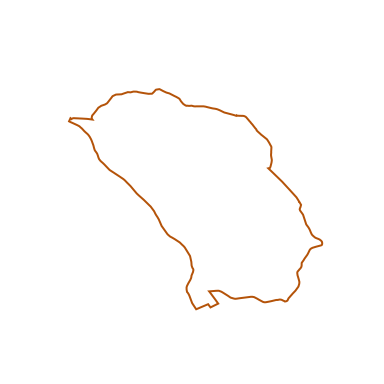 Wormerland, Noord-Holland, Netherlands, rotated 216°
{"feature_id": "6326949B48566307694504", "entity_name": "Wormerland", "entity_type": "district", "adm_level": 2, "iso_a3": "NLD", "parent_name": "Netherlands", "parent_adm1": "Noord-Holland", "projection": "natural_earth1", "projection_center": [4.861, 52.506], "detail": "fine", "context": "isolated", "style": "outline", "palette": "amber", "viewbox_px": 384, "rotation_deg": 216, "n_neighbors": 0, "source": "geoboundaries", "source_scale": "gbopen_adm2", "svg_char_len": 5817}
<svg xmlns="http://www.w3.org/2000/svg" viewBox="0 0 384 384"><g transform="rotate(216 192 192)"><path d="M52.5,158.0L51.7,158.8L51.3,159.5L51.0,160.1L51.0,160.7L51.2,161.5L51.3,162.1L51.4,162.8L51.4,163.1L51.3,163.7L51.0,167.2L50.9,167.8L50.9,168.5L50.5,171.4L50.3,172.9L50.3,175.4L50.3,177.9L50.4,178.3L51.2,180.6L51.7,181.5L52.3,182.4L53.6,183.5L54.7,184.4L56.5,185.8L57.6,186.6L59.3,188.4L59.7,189.3L59.8,189.7L59.7,190.5L59.7,190.9L59.6,191.6L59.6,192.6L59.4,193.8L59.4,194.5L59.5,195.3L59.5,195.7L59.7,196.1L60.0,196.8L60.4,197.4L61.0,198.3L61.4,198.8L61.6,199.3L61.6,199.7L61.6,200.3L61.6,202.2L61.8,204.3L61.8,206.5L61.8,207.8L61.8,208.8L61.9,209.8L62.0,210.4L62.1,211.1L62.5,213.2L62.7,214.4L62.7,214.8L62.6,215.3L62.6,215.7L62.3,216.5L61.9,217.3L61.7,217.7L59.6,220.5L57.4,223.2L56.6,224.2L56.0,225.0L55.9,225.2L55.9,225.4L55.9,225.6L55.9,225.8L56.0,226.1L56.2,226.6L56.4,226.8L56.8,227.4L57.1,227.6L57.6,228.1L57.9,228.2L58.5,228.4L58.8,228.5L59.1,228.5L59.8,228.5L60.5,228.6L62.3,228.3L62.5,228.2L64.9,227.6L65.5,227.5L67.3,227.6L69.0,227.8L69.9,228.0L70.4,228.2L70.9,228.5L71.7,228.9L73.0,229.7L74.1,230.4L75.2,231.0L76.1,231.4L77.0,231.8L80.2,232.8L80.5,232.9L88.8,238.9L90.5,239.5L92.7,240.2L93.8,240.6L94.3,241.0L94.7,241.3L94.9,241.8L95.1,242.2L95.3,243.3L96.2,245.7L99.1,247.0L99.2,246.9L99.4,246.8L99.6,247.0L100.6,247.6L101.6,248.0L104.4,249.1L104.9,249.2L112.1,250.7L123.5,253.0L124.9,253.3L139.7,255.4L144.2,256.0L143.6,256.7L143.1,257.3L143.1,257.5L143.5,258.9L144.7,261.9L145.1,262.8L145.9,264.3L146.4,265.0L148.6,267.1L149.4,267.9L150.3,269.1L150.9,270.2L151.6,271.1L153.8,274.5L154.2,275.0L154.8,275.5L155.6,275.8L158.3,277.1L159.7,277.7L161.8,278.5L162.4,278.7L168.5,279.0L169.5,279.0L171.0,279.2L173.8,279.5L175.9,279.8L176.1,280.0L176.3,280.2L176.7,280.4L177.4,280.6L178.4,280.8L178.7,280.9L181.5,281.7L181.8,281.8L182.4,282.0L183.3,282.2L185.1,282.6L185.9,282.9L186.6,283.0L187.1,283.1L188.6,283.5L190.3,283.9L191.9,284.3L192.2,284.3L192.8,284.4L193.4,284.3L194.7,284.0L194.9,283.9L196.2,283.1L196.7,282.7L197.4,282.3L198.5,281.5L199.8,280.6L200.0,280.5L200.1,280.4L200.4,280.4L200.5,280.4L200.9,280.2L201.0,280.2L201.0,279.6L202.7,279.1L204.9,278.3L211.6,275.7L212.6,275.3L217.2,274.5L219.0,274.1L220.1,273.8L220.7,273.6L221.2,273.4L222.3,272.9L223.6,272.2L224.8,271.6L228.9,269.9L231.2,269.0L232.2,268.5L233.0,268.1L235.6,266.2L238.5,264.1L239.8,263.1L240.7,262.5L242.0,262.0L243.0,261.6L243.6,261.1L244.9,260.0L246.6,259.0L246.9,258.8L247.0,258.6L248.0,258.2L250.5,258.1L251.4,258.2L251.6,258.2L252.0,258.4L252.9,258.6L254.2,258.9L254.7,259.1L255.1,259.3L256.9,260.0L257.4,260.0L257.9,260.0L260.6,259.7L262.2,259.4L264.0,259.1L264.9,259.0L265.9,258.8L266.7,258.7L267.3,258.6L268.1,258.5L270.6,257.6L271.1,257.4L274.7,256.7L276.9,256.4L278.3,256.2L278.9,256.0L279.7,255.2L281.2,253.7L281.3,253.4L281.4,253.1L281.6,250.7L281.9,249.0L282.0,248.4L282.1,248.1L282.3,247.9L285.0,245.8L286.0,245.3L288.3,244.1L289.3,243.6L290.3,243.1L292.1,242.2L294.2,241.2L295.4,240.8L296.0,240.5L296.4,240.2L297.7,239.3L298.5,238.7L300.2,236.6L300.3,236.5L302.4,235.2L302.7,235.0L302.8,234.8L305.1,231.6L306.4,229.7L306.6,229.5L310.6,226.3L310.8,226.1L312.4,223.2L312.5,222.9L312.6,222.7L312.6,220.7L312.8,214.8L312.9,213.7L314.0,211.3L314.3,211.0L315.1,209.8L316.1,208.4L316.5,207.2L317.0,205.9L317.2,205.4L317.3,205.2L317.3,204.7L317.3,201.6L317.5,197.5L317.7,195.2L317.0,193.5L316.8,193.1L316.5,192.8L316.4,192.7L316.0,192.4L315.1,192.1L318.6,190.2L320.0,189.4L323.9,186.9L331.1,182.2L331.5,181.9L332.3,180.5L332.4,180.2L332.7,180.3L333.2,180.3L333.7,180.3L333.0,176.9L331.6,177.1L329.3,177.6L323.8,178.7L322.2,178.9L321.7,179.0L321.0,178.9L320.5,178.8L318.7,178.7L317.1,178.4L315.3,178.0L314.6,177.9L313.0,177.7L310.7,177.5L310.2,177.4L309.6,177.3L308.3,176.9L306.9,176.4L306.1,176.0L305.3,175.6L304.8,175.4L302.8,174.2L301.2,173.1L299.8,172.2L298.6,171.3L297.7,170.5L296.4,169.5L295.6,168.9L295.3,168.7L294.6,168.4L292.7,167.8L291.9,167.5L291.4,167.3L291.0,167.1L289.4,166.0L288.5,165.3L287.2,164.4L286.6,164.1L286.3,163.9L285.4,163.7L284.5,163.4L283.0,163.2L281.6,163.1L279.4,162.8L271.7,161.4L271.3,161.4L261.3,161.9L255.6,162.1L254.7,162.1L253.7,162.0L253.4,162.0L249.5,161.3L248.0,161.1L246.3,160.8L245.5,160.7L235.8,158.3L234.9,158.2L233.5,158.0L226.3,157.3L217.6,156.0L217.2,156.0L216.5,155.8L213.3,154.8L211.4,154.2L211.0,154.0L209.5,153.2L208.3,152.6L207.6,152.3L206.6,151.9L205.2,151.4L204.1,150.9L203.7,150.7L203.1,150.5L197.5,147.2L196.5,146.6L195.8,146.4L187.5,143.6L186.8,143.4L184.7,143.2L183.5,143.1L181.4,143.4L178.4,143.7L172.2,144.0L168.9,143.5L167.1,143.3L165.8,143.0L165.3,142.9L157.5,139.7L156.5,139.3L156.3,139.2L155.9,139.0L151.6,135.2L151.4,135.0L149.6,132.9L149.5,132.7L148.6,131.9L147.4,131.1L146.9,130.8L146.0,130.5L145.8,130.4L145.4,130.1L145.1,129.8L145.0,129.7L144.7,129.0L144.4,128.4L144.1,127.7L143.3,124.2L143.1,123.8L142.4,122.5L142.2,122.0L142.1,121.7L141.7,119.8L141.3,115.9L140.8,112.9L140.3,111.6L139.1,110.0L138.0,108.9L137.2,108.2L136.2,108.0L134.7,107.4L133.2,106.6L126.6,102.2L119.7,99.6L117.8,102.7L117.7,102.9L113.0,110.7L109.2,109.5L105.2,117.1L109.4,118.5L118.0,121.2L119.3,121.6L119.7,121.7L114.1,126.5L113.3,127.1L112.8,127.5L111.9,128.0L111.4,128.1L110.1,128.5L108.7,128.7L107.4,128.8L101.3,129.2L99.8,129.2L99.3,129.2L98.7,129.3L98.2,129.4L97.7,129.6L95.5,130.4L94.8,130.7L94.3,131.0L93.9,131.3L92.9,132.2L91.5,133.6L89.8,135.2L84.7,140.0L82.9,141.7L82.5,142.0L82.0,142.4L81.8,142.6L81.5,142.7L81.1,142.9L80.2,143.4L79.2,143.6L76.6,144.0L74.5,144.2L70.8,144.7L70.0,144.8L69.0,145.2L68.9,145.2L68.1,145.7L67.5,146.2L65.6,148.2L63.6,150.4L61.9,152.4L60.8,153.7L60.2,154.3L59.7,154.7L59.1,155.1L59.0,155.3L57.9,156.5L57.5,156.8L57.1,157.0L56.3,157.4L54.9,157.7L54.4,157.7L53.3,158.0L52.5,158.0Z" fill="none" stroke="#b45309" stroke-width="2"/></g></svg>